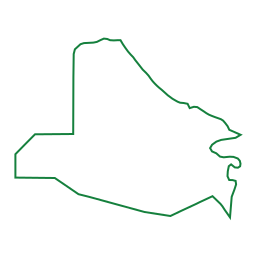 outline of Porto do Mangue, Rio Grande do Norte, Brazil
{"feature_id": "56859067B16993578241880", "entity_name": "Porto do Mangue", "entity_type": "district", "adm_level": 2, "iso_a3": "BRA", "parent_name": "Brazil", "parent_adm1": "Rio Grande do Norte", "projection": "albers", "projection_center": [-36.799, -5.074], "detail": "fine", "context": "isolated", "style": "outline", "palette": "green", "viewbox_px": 256, "rotation_deg": 0, "n_neighbors": 0, "source": "geoboundaries", "source_scale": "gbopen_adm2", "svg_char_len": 1320}
<svg xmlns="http://www.w3.org/2000/svg" viewBox="0 0 256 256"><path d="M73.7,54.0L73.4,77.2L73.2,134.0L35.0,134.3L24.3,145.1L15.4,154.2L15.4,162.4L15.4,177.6L54.8,178.0L78.5,194.2L88.9,196.8L144.5,212.0L170.4,216.0L181.3,210.8L196.4,203.8L199.6,202.2L212.5,196.2L220.5,203.9L222.5,206.4L224.6,209.7L230.0,217.4L231.7,196.8L234.4,189.6L236.1,184.4L235.6,180.9L232.6,180.1L229.2,180.0L227.5,176.2L227.8,171.2L228.8,166.2L231.1,164.4L234.8,167.4L237.9,167.7L240.1,166.3L240.5,163.7L239.8,160.8L237.8,158.5L233.5,156.9L229.7,156.7L223.7,157.3L220.0,156.6L216.3,153.3L212.0,151.4L210.1,148.1L212.1,144.7L216.4,141.6L221.2,139.9L235.6,137.8L240.6,134.8L229.3,129.8L227.6,126.2L225.1,122.9L223.1,120.6L220.9,119.2L218.4,118.3L215.0,117.1L211.6,115.8L209.0,114.7L206.4,113.2L203.8,111.4L200.4,109.2L197.3,107.1L193.9,106.8L189.7,108.1L187.6,103.8L183.6,103.0L180.1,102.7L177.6,101.7L175.3,100.4L172.4,98.7L170.4,97.2L167.8,95.3L164.6,92.4L161.7,89.8L159.0,87.6L156.9,85.7L154.7,83.5L152.7,81.3L150.7,78.7L148.6,75.7L146.1,72.9L142.7,69.6L140.2,66.4L137.7,63.2L135.3,60.2L133.2,57.2L130.6,54.5L128.0,51.5L125.1,47.5L122.8,44.1L120.5,40.2L117.5,40.2L113.9,40.4L110.1,40.2L107.3,39.0L103.9,38.6L100.7,40.0L96.9,41.9L93.4,42.6L89.8,42.8L83.9,43.1L80.5,44.2L74.9,49.3L73.7,54.0Z" fill="none" stroke="#15803d" stroke-width="2"/></svg>